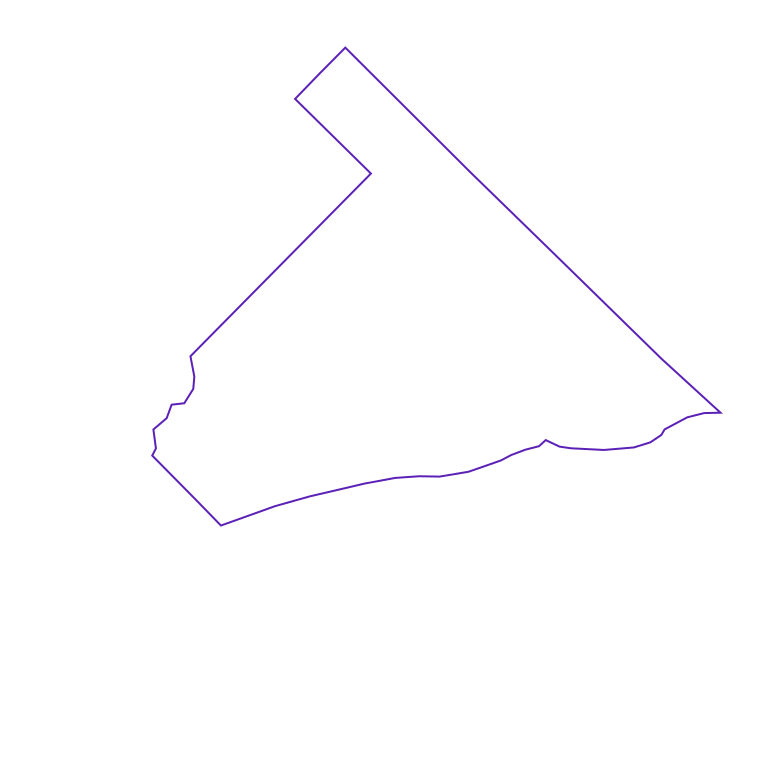 outline of Bay, United States of America, rotated 314°
{"feature_id": "52423323B92612294973993", "entity_name": "Bay", "entity_type": "district", "adm_level": 2, "iso_a3": "USA", "parent_name": "United States of America", "parent_adm1": "", "projection": "albers", "projection_center": [-85.662, 30.246], "detail": "fine", "context": "isolated", "style": "outline", "palette": "violet", "viewbox_px": 768, "rotation_deg": 314, "n_neighbors": 0, "source": "geoboundaries", "source_scale": "gbopen_adm2", "svg_char_len": 658}
<svg xmlns="http://www.w3.org/2000/svg" viewBox="0 0 768 768"><g transform="rotate(314 384 384)"><path d="M599.1,122.5L563.4,122.0L527.3,122.0L526.3,228.4L269.5,225.5L257.6,242.4L248.0,250.2L231.4,253.7L221.6,245.6L208.5,251.4L191.1,249.7L179.2,264.7L171.5,267.0L170.0,330.3L168.9,365.0L220.5,390.5L251.8,408.8L298.9,439.2L324.1,457.2L342.0,473.3L356.0,488.3L379.5,505.7L410.2,521.2L421.4,524.9L434.9,531.3L446.9,538.7L456.0,539.3L460.9,553.8L467.6,563.1L489.3,588.0L511.9,607.8L527.0,616.1L540.0,618.9L546.3,617.4L570.7,625.3L585.5,634.5L597.1,646.0L594.9,565.9L595.8,420.6L596.3,300.4L599.1,122.5Z" fill="none" stroke="#5b21b6" stroke-width="2"/></g></svg>